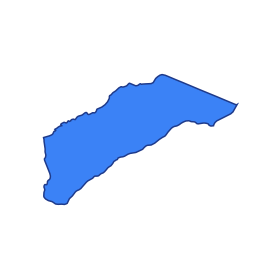 outline of Arauca, rotated 331°
{"feature_id": "COL-1420", "entity_name": "Arauca", "entity_type": "Intendancy", "adm_level": 1, "iso_a3": "COL", "parent_name": "Colombia", "parent_adm1": "", "projection": "orthographic", "projection_center": [-71.152, 6.563], "detail": "fine", "context": "isolated", "style": "filled", "palette": "blue", "viewbox_px": 256, "rotation_deg": 331, "n_neighbors": 0, "source": "natural_earth", "source_scale": "10m", "svg_char_len": 2754}
<svg xmlns="http://www.w3.org/2000/svg" viewBox="0 0 256 256"><g transform="rotate(331 128 128)"><path d="M49.5,95.4L55.6,96.8L58.0,97.0L59.1,96.8L59.9,96.4L60.6,95.8L61.5,95.2L62.4,95.1L63.1,95.3L63.6,95.0L63.4,93.7L65.5,93.7L67.2,93.4L69.0,93.3L71.1,93.8L70.8,92.6L71.2,92.1L72.2,91.9L74.7,92.0L75.3,92.4L75.7,93.0L76.5,93.6L77.0,93.7L77.6,93.5L78.6,93.0L79.2,92.8L79.5,93.1L79.7,93.5L79.8,93.7L79.9,93.8L81.3,93.9L81.4,93.7L82.7,93.3L84.4,93.7L85.8,95.0L86.7,94.7L88.6,93.8L89.8,93.6L90.9,93.7L93.3,94.3L94.5,94.4L97.5,93.9L98.6,94.0L99.3,94.5L99.4,95.3L99.5,96.3L99.9,97.0L100.9,97.4L104.4,97.5L105.3,98.0L105.8,98.4L106.6,98.6L107.9,98.2L108.8,97.6L109.4,96.9L110.1,96.5L115.2,97.0L119.2,96.5L122.8,95.2L126.0,93.0L126.7,91.9L127.1,91.2L127.7,90.8L129.2,90.8L132.0,89.8L135.1,89.6L139.5,88.5L141.7,88.5L142.2,88.7L143.2,89.6L143.9,89.9L146.4,90.4L147.6,90.4L149.7,89.7L150.8,89.5L151.4,90.0L155.1,94.7L155.8,95.1L157.0,95.4L157.7,95.5L159.4,95.2L160.1,95.3L160.5,95.5L160.9,96.2L161.1,96.4L162.2,96.7L169.8,100.4L172.1,100.5L176.2,98.1L178.9,97.5L181.6,97.3L183.7,97.8L186.1,99.9L187.4,101.5L192.9,108.5L198.5,115.5L204.1,122.6L209.6,129.6L215.2,136.6L220.8,143.6L226.3,150.6L231.9,157.7L234.0,160.3L234.9,160.3L227.6,164.8L224.7,165.4L209.1,164.8L206.7,165.4L204.6,166.7L203.9,167.5L201.5,166.5L200.3,165.0L200.2,163.7L200.0,163.1L199.4,162.4L197.7,161.0L196.3,160.2L191.4,158.4L190.4,157.6L190.1,156.7L189.8,156.0L189.4,155.2L188.9,154.7L186.7,153.3L186.1,152.8L185.2,151.6L184.6,151.1L182.2,150.0L181.2,149.8L179.3,149.6L176.8,149.6L174.7,149.9L172.7,149.9L171.6,149.8L169.3,149.1L167.8,149.0L165.9,149.2L160.9,151.0L157.8,152.5L156.3,153.0L153.5,152.9L149.7,153.2L144.1,154.2L140.0,154.1L139.6,153.9L136.7,152.6L135.5,152.4L134.0,152.6L132.4,153.0L130.8,153.6L130.0,153.7L123.0,153.2L117.7,151.3L115.3,150.9L111.3,151.0L109.6,150.7L107.3,149.8L104.9,149.4L103.4,150.4L102.2,150.2L101.0,150.4L100.2,150.3L99.3,150.5L97.5,151.6L94.9,152.7L92.7,152.8L91.2,153.0L90.1,153.4L89.0,153.9L86.2,154.9L84.3,155.2L82.7,154.9L81.4,155.0L79.2,155.5L78.1,155.3L76.2,154.3L75.4,154.0L74.3,154.2L72.7,154.8L67.2,154.8L65.3,155.2L57.3,158.1L55.0,158.3L53.7,158.1L52.2,158.1L50.7,158.5L46.5,160.4L42.5,161.4L38.3,164.4L37.2,164.4L35.3,164.0L33.0,162.4L30.1,161.0L28.8,160.1L27.8,159.3L26.0,155.7L23.1,152.8L21.5,150.1L21.1,148.2L21.1,147.5L21.4,146.6L23.3,143.6L25.2,141.8L25.7,140.1L25.8,139.1L26.2,138.4L26.9,137.6L27.5,137.3L27.9,137.2L28.2,137.3L28.5,137.6L28.9,137.9L29.5,138.1L30.1,137.7L30.9,136.9L31.5,135.9L32.2,135.4L33.0,135.1L34.1,135.0L35.3,134.5L36.2,133.4L36.9,132.3L37.6,129.8L39.4,115.8L39.9,114.5L41.6,113.7L43.0,111.9L43.9,108.7L45.4,106.1L48.1,99.0L48.9,97.5L49.4,95.7L49.5,95.4Z" fill="#3b82f6" stroke="#1e3a8a" stroke-width="1.5"/></g></svg>